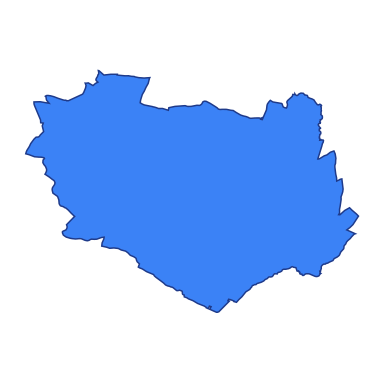 Candelaria, Atlántico, Colombia, rotated 91°
{"feature_id": "7082276B28023975209321", "entity_name": "Candelaria", "entity_type": "district", "adm_level": 2, "iso_a3": "COL", "parent_name": "Colombia", "parent_adm1": "Atlántico", "projection": "orthographic", "projection_center": [-74.882, 10.487], "detail": "fine", "context": "isolated", "style": "filled", "palette": "blue", "viewbox_px": 384, "rotation_deg": 91, "n_neighbors": 0, "source": "geoboundaries", "source_scale": "gbopen_adm2", "svg_char_len": 5871}
<svg xmlns="http://www.w3.org/2000/svg" viewBox="0 0 384 384"><g transform="rotate(91 192 192)"><path d="M305.8,177.8L307.2,175.6L307.5,175.7L308.4,173.7L305.8,172.6L306.3,170.9L309.0,172.2L311.8,165.5L311.8,164.6L311.3,163.1L300.5,152.8L300.1,154.2L298.6,153.5L299.0,151.5L300.3,148.1L300.8,148.2L301.5,145.6L298.8,143.3L295.9,140.3L291.4,136.8L290.8,136.3L288.7,133.0L288.0,132.2L286.8,131.5L286.2,130.8L285.0,130.3L284.3,129.6L284.2,128.9L283.5,127.9L283.5,126.5L282.4,125.4L281.1,121.4L280.3,119.8L279.6,118.6L278.2,117.3L277.3,115.3L275.8,113.9L275.5,113.1L275.6,111.9L275.3,110.5L274.3,109.5L273.5,109.1L272.4,108.2L272.3,107.8L272.4,105.4L272.1,105.4L270.9,104.4L270.5,102.6L269.6,101.0L268.1,100.2L267.6,98.8L267.6,97.0L267.0,94.2L266.4,92.8L265.1,91.1L264.9,90.3L265.5,89.1L265.8,86.8L269.2,85.6L269.3,85.2L269.0,84.2L269.8,83.9L269.6,83.5L270.2,82.9L270.7,82.7L271.3,82.9L272.1,82.5L272.2,82.1L272.2,80.7L272.8,80.6L273.5,79.8L273.4,78.8L272.4,77.8L271.8,76.7L271.7,74.6L271.8,73.3L274.2,67.4L274.4,66.0L274.2,64.9L273.6,63.6L271.8,62.5L271.3,61.9L271.1,62.7L270.2,62.5L269.1,62.8L269.2,62.2L268.6,62.3L268.5,62.1L266.2,61.4L264.8,61.5L264.0,61.3L263.1,60.7L261.9,59.3L261.7,57.3L261.6,57.1L261.0,56.8L260.9,55.7L260.6,54.8L259.8,53.6L258.1,49.9L256.1,48.7L254.5,45.7L253.3,44.2L252.5,43.5L249.4,42.2L246.2,39.4L245.5,39.2L243.6,39.1L242.9,38.8L241.3,37.4L239.3,36.6L238.0,35.5L235.8,33.0L234.1,31.7L231.9,29.7L231.2,28.9L230.9,28.0L227.2,36.6L224.7,33.4L221.8,30.5L213.2,25.1L211.1,27.2L207.4,31.7L205.0,34.2L207.8,39.0L212.2,43.7L212.1,45.0L210.7,44.2L210.0,44.1L206.7,44.2L203.4,43.6L197.1,42.8L195.2,42.8L194.5,43.0L192.3,42.2L189.2,41.3L186.4,41.0L176.3,42.4L176.7,44.1L177.6,45.5L178.5,47.5L175.3,47.7L171.6,48.6L164.6,49.6L162.8,49.6L160.9,49.0L157.6,48.9L155.9,48.7L151.4,49.5L148.5,50.8L149.8,54.3L152.6,57.8L153.5,60.4L156.4,64.9L156.8,66.0L156.8,66.8L144.2,63.1L141.2,62.4L140.3,61.8L138.3,61.4L137.8,61.7L137.7,62.3L138.0,65.2L137.5,65.1L137.0,64.5L136.7,65.1L135.7,65.7L135.3,65.6L135.2,65.4L134.1,65.6L133.5,65.2L132.4,65.3L131.6,64.3L130.5,64.2L129.3,64.6L128.6,65.8L127.3,65.9L126.7,65.8L126.4,65.5L126.3,64.7L125.9,64.6L124.1,66.2L123.5,66.5L123.1,66.5L122.7,67.0L121.6,66.6L121.3,66.1L121.1,65.0L120.4,64.8L119.7,65.5L119.4,65.5L118.5,64.7L117.7,65.1L116.9,63.7L116.4,63.1L115.5,62.9L113.8,63.0L112.8,63.9L112.6,64.3L112.2,64.6L111.4,64.3L109.6,64.4L108.6,64.0L107.6,64.3L105.5,64.2L104.2,64.7L103.7,64.1L103.3,64.0L102.5,64.7L102.0,65.7L102.7,66.9L102.5,68.2L100.2,70.1L97.8,71.7L96.8,73.7L96.2,75.7L95.4,77.6L94.0,78.1L93.4,78.5L93.1,80.3L92.8,80.9L92.9,81.0L91.4,82.4L91.2,84.8L91.8,86.2L92.5,87.3L93.1,87.6L93.7,88.5L93.7,89.0L93.2,89.9L92.7,90.5L92.0,90.9L92.8,91.0L92.7,92.9L94.6,93.4L98.9,98.0L99.9,98.6L100.7,98.7L102.5,98.1L103.7,98.1L105.8,98.7L106.4,99.1L106.0,101.0L105.4,102.2L104.2,102.8L102.4,103.4L101.9,104.0L100.6,112.5L100.3,113.2L99.0,115.3L100.7,116.8L102.7,118.1L104.0,118.5L108.6,119.0L118.4,123.0L118.1,124.4L117.6,124.0L117.5,124.5L117.0,124.2L117.2,124.6L116.8,126.1L116.9,130.1L117.3,134.5L117.1,135.8L116.3,137.3L115.6,139.3L115.1,141.8L114.2,144.7L111.6,149.4L109.8,152.2L109.6,154.6L108.8,158.8L108.8,163.1L109.0,165.2L108.7,167.0L107.5,168.2L106.5,169.7L103.1,175.3L101.1,179.4L101.0,180.7L101.0,181.3L101.6,182.6L103.8,183.8L104.7,184.8L105.3,185.9L105.2,188.6L106.4,194.3L106.5,197.0L106.5,198.0L105.8,200.4L106.7,210.5L108.1,216.6L110.7,217.1L109.0,222.9L109.1,226.9L108.2,229.4L107.6,231.7L107.6,232.1L107.3,233.0L105.8,241.2L105.0,243.1L103.7,245.4L100.6,244.9L95.4,243.4L92.0,241.5L88.3,239.9L84.2,237.7L79.0,236.5L78.4,236.2L78.9,241.9L78.6,247.2L77.9,251.0L77.5,251.8L77.4,254.5L76.9,257.5L77.0,261.0L76.5,267.6L76.2,269.0L75.6,268.8L75.7,275.1L76.6,282.1L72.3,287.2L72.2,287.8L73.7,287.4L75.4,287.4L76.0,287.6L76.5,288.1L78.1,288.5L80.1,289.7L81.2,290.0L81.7,290.0L82.5,289.5L83.8,288.0L85.2,290.5L87.3,292.8L84.7,297.6L85.0,299.1L85.0,300.7L87.4,299.8L90.0,300.3L94.3,302.0L96.1,303.1L102.9,317.2L102.9,319.1L102.4,319.7L102.5,320.9L102.3,322.1L100.7,327.4L99.1,331.8L98.3,335.0L98.0,337.5L98.0,338.8L98.4,339.7L98.8,340.3L99.3,339.7L102.2,339.2L103.1,338.7L105.8,336.4L104.4,345.4L104.7,351.6L106.7,351.5L108.5,350.9L122.6,344.7L125.4,344.5L125.7,341.9L128.5,342.9L134.2,341.4L137.6,344.7L138.7,345.4L139.5,346.2L139.8,347.1L139.8,348.1L140.0,349.0L141.9,350.9L146.4,354.1L149.3,355.4L153.3,357.8L154.8,358.4L156.7,358.9L157.5,355.7L159.5,350.1L159.8,345.6L159.8,343.3L160.3,340.6L161.2,340.1L162.1,341.1L162.9,341.5L165.3,341.6L167.2,340.5L169.1,338.9L171.7,337.8L173.5,337.8L175.6,338.6L176.8,339.3L179.7,334.7L181.5,332.4L182.9,330.3L183.3,329.9L185.2,329.1L186.9,329.5L190.0,331.5L191.6,331.9L193.1,331.7L195.6,331.0L198.5,326.7L199.3,326.1L202.3,325.0L206.1,324.6L207.9,323.5L208.2,323.0L209.0,320.1L209.7,319.4L210.3,317.7L212.3,315.3L215.2,312.5L217.9,309.6L218.4,308.9L226.9,316.9L227.9,316.5L229.0,316.2L230.2,316.4L231.3,316.9L232.0,317.3L232.9,319.0L233.3,320.1L234.1,320.9L235.2,320.8L237.3,319.9L238.5,318.2L239.3,316.9L240.4,312.9L240.7,311.0L241.0,307.6L240.6,304.0L240.6,302.6L240.7,301.8L242.2,298.0L242.6,295.9L242.2,294.2L241.4,293.0L240.9,291.7L241.0,288.8L240.8,286.3L239.1,281.8L238.7,279.1L240.4,279.3L244.5,281.0L247.7,281.3L248.7,276.3L249.7,273.3L249.3,269.1L249.7,265.2L249.8,264.6L251.2,261.8L252.3,257.3L254.0,254.9L256.0,253.0L256.4,252.5L257.7,249.2L259.0,247.1L259.5,246.7L260.9,246.4L262.7,245.6L264.8,243.3L268.0,244.4L268.8,243.0L269.8,240.3L272.4,236.1L275.2,229.0L276.6,228.1L277.9,226.6L281.3,221.8L283.5,218.8L285.4,216.8L285.8,215.9L286.3,214.8L286.7,212.8L287.2,211.8L287.6,210.0L288.0,209.2L290.8,205.7L290.9,204.5L290.4,202.7L291.1,200.6L291.4,200.2L292.3,199.9L293.3,199.9L294.4,199.6L295.1,198.5L295.1,198.1L295.4,198.0L297.0,197.9L297.8,195.4L298.9,193.7L300.7,189.0L303.3,184.5L305.8,177.8Z" fill="#3b82f6" stroke="#1e3a8a" stroke-width="1.5"/></g></svg>